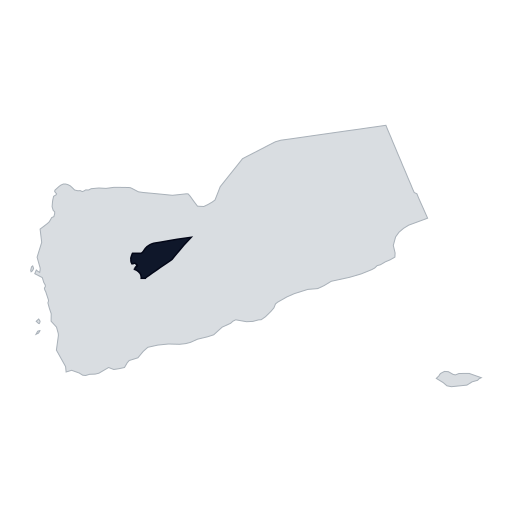 location of Ma'rib, Ma'rib, Yemen
{"feature_id": "15242507B71405176462371", "entity_name": "Ma'rib", "entity_type": "district", "adm_level": 2, "iso_a3": "YEM", "parent_name": "Yemen", "parent_adm1": "Ma'rib", "projection": "mercator", "projection_center": [45.401, 15.638], "detail": "fine", "context": "in_parent", "style": "filled", "palette": "ink", "viewbox_px": 512, "rotation_deg": 0, "n_neighbors": 0, "source": "geoboundaries", "source_scale": "gbopen_adm2", "svg_char_len": 5558}
<svg xmlns="http://www.w3.org/2000/svg" viewBox="0 0 512 512"><path d="M427.6,218.2L408.6,225.2L403.6,228.3L399.0,232.2L395.6,236.9L393.3,245.4L395.1,253.0L394.9,257.1L390.0,259.9L385.4,261.8L380.3,264.8L377.2,265.6L374.7,268.0L371.8,269.6L361.2,273.9L349.6,277.3L331.2,281.3L324.1,285.6L317.7,288.6L307.8,289.4L294.4,293.6L286.9,296.9L277.6,302.2L275.5,303.9L273.9,307.9L271.0,311.3L265.4,316.8L261.2,319.7L258.4,319.9L252.9,321.4L246.5,321.7L235.7,319.8L232.9,321.2L230.6,323.3L222.2,327.1L213.7,334.8L207.5,336.8L197.5,339.2L190.4,342.4L185.7,343.6L179.6,344.3L168.4,344.0L157.7,345.1L147.8,347.3L143.2,351.4L137.9,357.8L129.2,360.5L127.2,362.8L124.5,367.5L118.9,368.7L113.8,369.5L108.6,367.5L98.9,373.2L95.2,374.1L89.6,374.3L85.6,375.5L82.7,375.2L79.2,373.0L71.6,370.3L66.1,372.0L65.6,366.6L56.4,350.1L58.4,335.6L58.3,333.6L56.5,327.1L51.1,321.2L51.2,313.7L49.4,308.4L47.9,302.9L48.4,301.4L48.5,300.1L45.7,291.6L44.8,289.9L44.4,288.1L45.3,286.7L45.3,285.1L43.8,282.5L42.3,277.6L34.8,273.7L36.3,270.0L37.8,271.3L39.7,272.4L40.1,270.0L40.2,268.2L37.1,257.2L41.7,242.4L40.1,229.1L47.2,223.7L49.0,222.1L50.0,220.6L51.7,217.6L53.9,216.6L54.7,213.4L54.7,211.8L53.2,210.4L52.1,206.7L52.5,201.9L52.8,199.9L53.6,196.3L56.0,194.9L56.6,193.9L54.7,191.6L54.9,190.2L59.1,186.4L60.7,185.2L63.4,184.0L65.6,184.0L68.0,184.7L70.2,185.8L72.3,187.7L74.6,190.0L78.0,190.8L80.3,190.6L82.2,191.6L83.9,191.0L85.7,189.9L88.6,190.0L91.2,188.7L98.7,188.0L106.0,188.4L113.5,187.4L121.0,187.4L128.6,187.5L130.3,187.7L131.9,188.4L138.4,191.8L143.2,192.5L153.0,193.4L163.4,194.4L172.4,195.3L180.0,194.5L186.4,193.8L188.1,193.9L190.0,196.0L193.8,201.3L197.5,206.2L203.8,206.5L207.8,204.6L212.3,202.0L215.0,200.0L218.2,191.9L220.2,186.7L224.9,180.8L228.8,175.9L234.0,169.4L236.9,165.8L242.5,158.7L247.9,155.9L258.4,150.5L268.6,145.2L275.3,141.8L280.9,140.2L290.5,138.9L301.7,137.3L312.8,135.7L324.7,134.0L338.0,132.1L347.1,130.8L358.8,129.2L368.4,127.8L377.0,126.6L385.9,125.3L387.5,129.3L389.2,133.3L390.9,137.2L392.5,141.2L394.2,145.2L395.9,149.2L397.5,153.1L399.2,157.1L400.9,161.0L402.5,165.0L404.2,168.9L405.9,172.9L407.5,176.8L409.2,180.8L410.9,184.7L412.5,188.7L414.2,192.5L416.9,193.8L418.4,197.5L420.7,202.7L423.0,207.8L425.3,213.0L427.6,218.2ZM453.1,374.4L455.4,374.9L459.0,373.5L469.1,373.4L481.3,377.7L479.0,378.8L477.6,380.3L472.2,381.8L466.9,385.1L451.4,386.7L446.9,385.8L443.2,382.6L436.3,378.4L439.0,375.8L439.6,374.6L440.6,373.4L444.5,371.4L448.4,371.7L453.1,374.4ZM39.7,322.8L39.2,323.6L38.5,323.4L36.2,321.3L38.7,319.0L40.1,321.2L39.7,322.8ZM32.3,270.9L31.1,271.8L30.7,270.3L31.5,266.9L32.7,265.9L33.6,268.4L33.0,269.8L32.3,270.9ZM38.5,333.1L36.0,334.3L37.7,331.2L39.5,330.6L40.0,330.7L38.5,333.1Z" fill="#d9dde1" stroke="#a8b0b8" stroke-width="1"/><path d="M132.5,253.3L132.4,253.4L132.4,253.5L132.3,253.8L132.2,254.0L132.1,254.3L132.0,254.5L131.9,254.7L131.9,254.8L131.8,255.0L131.7,255.3L131.5,255.9L131.5,256.0L131.4,256.1L131.4,256.3L131.3,256.5L131.2,256.8L131.1,257.0L131.0,257.3L131.0,257.5L130.9,257.7L130.9,257.8L130.9,258.0L130.8,258.3L130.8,258.5L130.9,258.8L130.9,259.1L130.9,259.3L130.9,259.5L130.9,259.8L130.9,260.0L130.9,260.3L130.9,260.5L130.9,260.8L130.9,261.0L131.0,261.1L131.0,261.3L131.0,261.5L131.1,261.8L131.2,262.0L131.2,262.3L131.3,262.4L131.3,262.5L131.5,262.8L131.6,263.0L131.7,263.3L131.8,263.5L131.9,263.8L132.0,263.8L132.3,263.8L132.5,263.8L132.6,263.7L132.8,263.7L133.0,263.7L133.4,263.6L133.5,263.6L133.8,263.5L134.0,263.4L134.3,263.2L134.5,263.2L134.8,263.2L134.9,263.3L135.1,263.4L135.3,263.4L135.5,263.5L135.8,263.7L135.8,263.8L136.0,264.0L136.1,264.3L136.3,264.5L136.4,264.4L136.5,264.4L136.7,264.5L136.8,264.7L136.8,264.8L136.9,264.7L137.0,264.7L137.1,265.1L137.2,265.3L137.3,265.5L137.5,265.7L137.5,265.9L137.5,266.0L137.3,266.3L137.2,266.3L137.1,266.2L136.9,266.2L136.9,266.3L136.4,266.2L136.3,266.3L136.5,266.4L136.5,266.5L136.4,266.6L136.2,266.7L136.1,266.8L136.0,267.0L135.9,267.0L135.7,267.1L135.6,267.3L135.6,267.5L135.4,267.6L135.2,267.6L135.2,267.8L135.2,268.1L135.2,268.3L135.0,268.5L134.9,268.7L134.8,268.8L134.7,268.9L134.6,269.0L134.4,269.1L134.4,269.3L134.5,269.3L134.8,269.4L134.9,269.5L135.0,269.5L135.3,269.7L135.5,269.8L135.8,269.9L136.0,270.0L136.3,270.1L136.5,270.2L136.6,270.3L136.8,270.4L136.9,270.5L137.0,270.5L137.3,270.7L137.4,270.8L137.5,270.9L137.7,271.0L137.8,271.0L138.0,271.2L138.0,271.3L138.3,271.4L138.3,271.5L138.5,271.7L138.6,271.8L138.8,272.0L139.0,272.2L139.0,272.3L139.2,272.5L139.3,272.5L139.5,272.8L139.7,273.0L139.8,273.1L140.0,273.3L140.1,273.5L140.3,273.8L140.4,274.0L140.5,274.2L140.5,274.3L140.6,274.5L140.8,274.8L140.8,275.0L140.9,275.3L140.9,275.5L141.0,275.7L141.0,275.8L141.0,276.0L141.1,276.3L141.1,276.5L141.2,276.8L141.2,277.0L141.2,277.3L141.3,277.4L141.3,277.5L141.2,278.3L141.7,278.3L142.7,278.3L145.4,278.3L145.5,278.1L145.6,277.9L147.1,276.7L148.8,275.6L152.9,272.6L154.3,271.7L157.9,269.2L160.2,267.5L166.9,263.0L170.7,260.4L171.9,259.5L172.2,259.2L172.3,259.1L174.5,256.3L177.6,252.6L178.5,251.6L181.0,248.6L183.5,245.6L183.8,245.2L184.0,245.0L191.2,237.3L177.5,239.2L171.6,240.2L160.8,242.1L159.0,242.4L155.7,242.9L155.1,243.0L154.0,243.2L153.9,243.2L153.2,243.4L152.6,243.6L152.0,243.8L151.5,244.0L150.9,244.3L150.6,244.4L150.0,244.7L149.8,244.8L149.2,245.2L148.4,245.7L147.4,246.4L146.9,246.7L146.6,247.1L145.3,248.4L144.4,249.7L143.6,250.9L143.2,251.5L142.9,251.8L142.5,252.3L142.0,252.7L141.7,252.9L141.5,253.2L141.3,253.2L141.2,253.3L140.7,253.3L140.2,253.3L139.0,253.3L133.8,253.3L132.5,253.3L132.5,253.3Z" fill="#0f172a" stroke="#020617" stroke-width="1.5"/></svg>